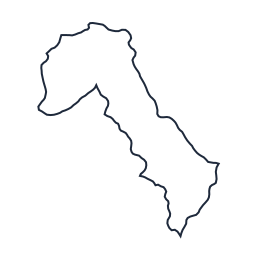 outline of Jenipapo de Minas, Minas Gerais, Brazil, rotated 10°
{"feature_id": "56859067B49665349666776", "entity_name": "Jenipapo de Minas", "entity_type": "district", "adm_level": 2, "iso_a3": "BRA", "parent_name": "Brazil", "parent_adm1": "Minas Gerais", "projection": "albers", "projection_center": [-42.212, -17.187], "detail": "fine", "context": "isolated", "style": "outline", "palette": "slate", "viewbox_px": 256, "rotation_deg": 10, "n_neighbors": 0, "source": "geoboundaries", "source_scale": "gbopen_adm2", "svg_char_len": 2862}
<svg xmlns="http://www.w3.org/2000/svg" viewBox="0 0 256 256"><g transform="rotate(10 128 128)"><path d="M111.6,33.4L108.5,31.8L105.0,32.3L102.0,34.2L98.7,34.8L95.6,34.8L91.7,34.4L89.1,32.7L87.3,31.5L85.2,30.6L81.4,30.6L78.3,30.6L75.1,30.7L72.5,31.3L71.1,33.3L72.2,36.1L71.1,38.0L68.7,38.9L66.8,40.5L65.1,42.1L62.6,43.3L59.8,45.1L56.9,46.5L54.4,46.7L51.8,47.1L48.6,47.6L46.2,48.1L45.8,51.4L45.4,55.5L43.9,58.9L41.8,61.6L38.9,63.3L36.6,66.5L34.9,68.7L36.9,71.0L37.0,73.8L35.6,76.5L33.6,78.4L31.9,81.0L32.2,84.0L33.0,86.6L33.7,89.6L35.0,92.9L36.6,96.8L38.0,99.7L39.2,102.1L40.2,104.2L41.1,106.7L41.1,109.1L40.9,112.9L40.0,114.9L38.6,117.0L37.2,119.9L36.0,122.5L37.1,125.6L40.3,126.6L43.4,128.0L45.8,129.0L49.5,128.7L52.8,127.8L55.8,126.4L58.5,124.8L60.4,123.0L63.2,121.5L66.0,119.6L68.4,117.6L70.4,114.9L72.4,112.9L74.5,110.4L75.6,108.1L77.4,105.9L80.4,103.5L82.8,100.5L85.0,98.4L87.1,96.2L88.5,94.1L89.3,91.3L91.0,94.0L93.6,97.2L95.4,99.9L98.1,101.3L101.4,102.5L103.7,104.9L104.4,107.3L104.4,109.7L103.4,112.5L102.8,115.7L102.6,118.6L105.5,119.8L109.0,120.4L111.3,121.7L113.1,123.4L115.1,124.9L117.5,125.5L118.8,127.5L119.8,130.2L121.4,131.8L123.9,132.4L126.6,133.3L128.2,134.8L129.6,136.5L131.5,138.0L133.3,140.0L134.1,142.4L134.3,145.4L134.4,148.3L135.6,150.8L137.2,152.4L139.4,153.0L143.7,153.3L146.5,155.2L149.4,156.5L151.7,158.6L152.5,161.5L152.5,164.5L151.7,166.9L150.2,169.1L148.6,171.0L148.1,173.1L151.3,173.2L153.6,173.7L156.1,174.6L159.3,175.5L161.8,176.3L163.4,177.7L165.0,179.6L167.5,178.6L170.5,179.7L173.3,180.1L175.2,181.8L176.7,184.0L176.2,186.6L176.1,189.3L177.9,191.5L180.3,193.1L181.1,195.3L180.8,197.6L181.6,200.5L183.3,203.0L184.4,205.0L184.6,207.7L183.1,211.7L183.3,215.0L184.6,217.3L186.1,219.3L188.7,221.1L191.8,220.1L194.7,221.4L196.8,223.5L198.5,225.4L198.8,222.2L199.5,218.8L200.7,215.7L201.9,212.2L201.5,208.5L202.4,206.2L204.7,204.4L207.3,203.1L210.2,201.7L212.2,198.8L212.8,195.9L214.0,193.5L215.3,190.9L217.3,187.8L219.0,184.9L219.7,182.3L219.6,179.3L218.9,176.0L218.8,173.8L219.1,171.5L220.6,169.6L222.5,168.3L224.0,166.8L224.1,162.9L223.2,159.5L222.1,155.9L222.1,151.4L223.5,147.4L220.7,147.1L218.1,147.5L212.8,147.5L210.2,145.4L207.7,143.7L205.3,142.9L202.8,141.9L200.4,140.6L197.8,138.5L195.7,136.5L194.2,134.5L191.7,132.7L188.5,130.0L185.8,127.1L184.0,124.8L182.0,122.4L179.3,120.9L177.4,119.2L175.6,116.6L173.8,114.4L171.9,112.9L169.5,111.4L166.9,110.4L164.4,110.4L161.0,111.3L158.3,111.7L156.1,111.1L154.4,109.1L153.9,105.3L152.5,101.8L151.0,98.9L149.5,96.5L147.1,94.7L144.7,93.2L142.9,91.4L140.8,88.6L139.1,85.6L137.3,82.9L136.0,81.1L134.5,79.3L132.8,77.3L130.9,75.0L129.8,72.6L128.1,70.6L125.8,68.4L123.9,66.3L122.4,64.1L120.6,60.3L121.3,57.7L122.5,55.5L122.4,52.2L120.0,49.7L117.4,48.7L115.8,47.2L114.4,45.7L113.7,43.6L114.9,41.3L115.5,39.0L114.4,36.2L111.6,33.4Z" fill="none" stroke="#1e293b" stroke-width="2"/></g></svg>